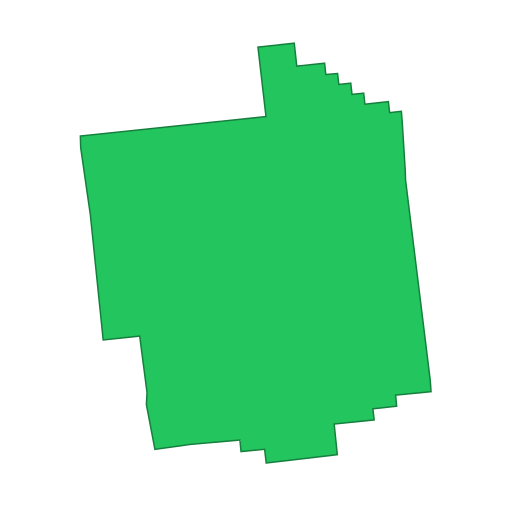 Wayne, Missouri, United States of America (Equal Earth projection), rotated 263°
{"feature_id": "52423323B35235503549305", "entity_name": "Wayne", "entity_type": "district", "adm_level": 2, "iso_a3": "USA", "parent_name": "United States of America", "parent_adm1": "Missouri", "projection": "equal_earth", "projection_center": [-90.442, 37.12], "detail": "fine", "context": "isolated", "style": "filled", "palette": "green", "viewbox_px": 512, "rotation_deg": 263, "n_neighbors": 0, "source": "geoboundaries", "source_scale": "gbopen_adm2", "svg_char_len": 646}
<svg xmlns="http://www.w3.org/2000/svg" viewBox="0 0 512 512"><g transform="rotate(263 256 256)"><path d="M396.5,96.3L384.9,95.2L317.0,96.6L191.3,94.1L190.7,130.8L133.7,131.2L122.0,129.1L76.4,132.1L77.0,168.0L75.3,217.6L63.7,217.3L63.1,241.0L49.3,240.9L48.9,312.5L79.7,313.1L78.9,353.3L90.1,353.4L89.9,365.1L89.8,377.3L100.9,377.6L100.0,413.2L111.3,413.8L313.2,413.7L322.0,414.5L371.5,417.5L381.9,417.9L382.0,406.1L393.1,406.2L393.4,382.6L404.5,382.7L404.7,371.0L416.0,371.1L416.2,359.1L427.2,359.2L427.6,347.4L439.0,347.6L439.5,319.6L462.6,319.9L463.1,283.4L393.2,282.9L396.5,96.3Z" fill="#22c55e" stroke="#15803d" stroke-width="1.5"/></g></svg>